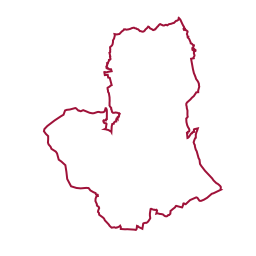 the district of Mariselu, Bistrita-Nasaud, Romania, rotated 82°
{"feature_id": "2599482B66429333464185", "entity_name": "Mariselu", "entity_type": "district", "adm_level": 2, "iso_a3": "ROU", "parent_name": "Romania", "parent_adm1": "Bistrita-Nasaud", "projection": "robinson", "projection_center": [24.492, 47.008], "detail": "fine", "context": "isolated", "style": "outline", "palette": "rose", "viewbox_px": 256, "rotation_deg": 82, "n_neighbors": 0, "source": "geoboundaries", "source_scale": "gbopen_adm2", "svg_char_len": 5714}
<svg xmlns="http://www.w3.org/2000/svg" viewBox="0 0 256 256"><g transform="rotate(82 128 128)"><path d="M204.5,52.3L202.0,44.5L201.8,44.8L201.5,44.8L199.4,44.3L198.4,44.7L197.0,45.8L195.6,47.1L195.0,48.1L192.2,50.3L190.9,51.1L189.9,51.5L181.1,57.7L175.8,60.7L173.6,61.7L169.4,61.6L167.6,62.3L160.6,63.2L158.8,63.9L155.9,64.3L154.2,64.2L153.3,64.6L151.3,65.0L149.4,64.1L147.5,63.0L147.1,62.2L143.9,61.8L143.0,61.3L142.3,61.2L140.4,60.0L138.1,58.9L138.4,62.6L138.5,62.8L138.9,63.0L140.4,63.0L140.4,63.3L141.1,63.4L141.0,64.1L141.1,64.6L141.4,65.0L141.7,64.9L142.2,65.4L142.4,66.4L145.4,69.0L145.5,69.3L146.1,70.0L146.2,70.5L141.1,70.3L141.2,69.7L140.5,69.6L140.2,69.4L140.0,68.9L140.0,68.2L139.8,67.9L138.7,67.5L138.3,67.5L136.8,67.8L136.0,68.3L133.5,69.0L130.2,69.3L126.7,69.0L126.2,68.3L125.2,67.3L124.6,67.4L123.0,67.3L119.1,66.7L117.9,66.8L116.7,67.0L114.9,66.9L113.5,67.1L112.1,66.9L111.0,66.1L108.4,62.2L106.9,60.5L105.6,58.4L102.2,55.4L102.3,53.5L100.7,53.3L97.0,51.7L95.2,51.8L94.4,51.6L92.5,52.0L90.8,52.7L89.0,53.7L88.1,53.9L87.0,54.0L86.6,54.2L85.4,54.4L82.9,55.1L78.7,55.5L68.2,55.9L68.1,53.2L67.3,53.3L66.0,52.3L65.2,52.0L63.3,52.4L62.7,52.2L62.2,52.2L61.8,52.1L61.5,51.7L61.1,50.5L60.4,50.3L60.2,50.3L59.7,50.9L59.0,51.4L58.9,51.5L59.3,51.9L60.0,51.9L60.3,52.1L60.2,52.6L59.6,53.3L58.4,53.3L57.5,53.0L57.0,52.2L56.5,51.8L55.5,51.2L55.2,51.2L55.1,51.4L55.1,51.9L54.7,52.3L53.7,52.8L53.3,53.2L52.9,54.1L51.9,54.1L48.5,55.0L47.8,55.3L46.8,56.2L46.3,55.9L46.3,56.2L46.2,56.2L45.7,56.2L45.4,56.3L44.9,56.2L43.1,56.6L42.6,56.4L41.1,55.6L40.6,55.6L39.2,56.8L39.0,57.8L38.7,58.0L38.3,57.9L38.6,58.9L37.6,59.2L37.3,58.6L36.9,58.2L36.1,58.6L35.5,58.5L34.8,58.9L32.9,59.6L27.9,61.1L26.0,62.4L26.2,62.6L27.7,62.7L28.6,64.6L28.6,65.5L30.4,68.0L30.4,69.0L30.8,70.7L30.9,73.0L31.8,74.8L31.2,75.7L31.1,76.5L31.5,78.0L31.3,79.1L30.7,79.9L30.4,80.7L29.7,81.3L29.6,81.8L29.8,82.3L30.6,83.4L31.5,84.2L31.7,84.7L33.2,86.3L33.3,86.6L34.1,87.2L34.0,87.7L34.2,88.3L34.6,88.8L34.5,89.6L33.4,90.7L33.3,90.9L32.4,92.3L30.8,93.2L30.4,93.9L31.6,95.1L33.0,97.2L33.8,97.8L34.5,98.9L34.7,99.7L34.6,100.4L33.7,102.3L33.7,102.7L31.7,104.2L31.1,105.6L30.5,106.1L30.2,107.2L29.5,108.1L29.5,109.0L29.7,110.7L30.1,111.6L30.4,113.8L30.4,116.0L29.8,117.2L29.9,117.8L29.8,118.3L30.4,118.6L31.6,120.8L33.7,123.4L33.8,126.2L33.1,128.3L34.2,128.2L35.0,128.3L36.3,128.9L37.4,129.3L39.2,130.7L40.8,130.9L43.1,131.7L44.0,132.4L44.7,133.3L45.2,134.3L46.0,134.6L47.7,134.6L49.1,135.0L50.2,135.0L50.7,135.3L50.9,135.9L54.7,135.6L54.8,135.9L55.8,135.9L57.2,135.7L57.8,136.2L57.9,136.7L57.8,137.0L57.9,137.4L58.9,137.6L59.4,137.9L60.2,138.6L60.9,138.8L60.9,139.7L62.3,139.6L62.5,140.0L62.8,140.1L63.4,140.1L64.1,140.9L65.3,140.9L65.3,140.0L65.6,139.8L66.2,140.3L66.4,140.1L66.6,139.0L67.1,138.5L67.5,136.6L69.5,136.3L69.6,139.8L69.9,141.6L69.7,142.8L69.3,143.1L69.4,143.7L72.4,143.6L72.5,140.7L75.3,140.6L75.8,139.1L83.3,138.2L83.6,139.3L84.5,140.6L85.3,142.6L86.6,142.8L87.8,142.6L89.5,142.7L90.8,142.1L95.0,142.0L98.6,142.4L100.6,142.8L102.3,143.0L102.9,143.2L104.1,142.9L105.7,141.9L106.1,141.8L106.7,142.1L107.4,142.0L107.8,141.7L109.8,141.6L110.9,140.7L111.0,139.1L110.9,138.1L111.6,136.0L112.2,135.3L112.1,134.7L112.8,134.2L113.6,135.0L114.7,135.1L115.3,135.4L115.4,136.1L116.0,136.1L116.0,136.8L117.6,137.0L116.9,137.5L116.9,137.9L118.0,138.5L119.1,138.5L119.9,138.7L119.9,139.0L119.5,139.2L120.4,140.8L121.0,141.3L121.8,141.5L121.8,143.0L124.1,143.9L129.7,145.0L128.9,145.3L128.5,145.7L128.5,146.2L127.6,147.2L127.0,148.3L126.7,149.2L126.3,149.9L125.9,151.3L125.7,150.6L125.2,150.1L124.4,149.7L122.1,149.1L121.2,148.7L120.8,148.7L120.2,149.2L120.0,150.3L119.9,150.6L119.6,150.9L118.8,151.3L117.6,151.5L117.0,151.0L117.4,150.0L117.3,149.6L116.8,149.1L117.2,148.7L116.0,148.0L116.1,147.7L109.2,146.7L107.3,146.5L106.1,146.7L105.5,147.1L104.6,147.1L108.2,148.8L108.9,150.0L108.9,151.5L108.7,153.0L108.0,154.6L107.9,155.9L108.6,159.8L108.5,161.2L107.6,163.9L105.4,167.6L104.1,169.9L104.8,172.3L104.7,172.9L104.0,173.9L103.9,174.7L101.3,176.7L100.9,177.4L101.6,183.0L101.5,186.1L101.9,187.9L105.9,190.0L107.0,192.7L110.3,199.6L114.8,207.6L117.4,210.9L119.5,211.7L122.5,210.1L124.9,208.2L127.9,208.6L131.3,209.3L133.3,208.9L135.7,207.3L138.0,206.7L141.3,202.8L143.3,201.8L149.7,201.0L152.0,198.6L156.1,195.2L163.1,195.1L170.0,195.3L177.8,192.5L180.2,187.4L181.2,183.3L181.5,177.6L182.0,175.4L184.6,173.9L186.8,171.1L187.9,169.2L189.2,169.0L189.9,167.3L191.2,167.3L191.3,168.8L193.6,170.0L195.9,170.4L199.2,169.4L200.0,169.6L200.7,169.4L201.0,169.2L201.8,168.1L203.3,167.7L205.6,169.0L206.9,169.4L208.0,168.6L209.9,168.6L213.1,165.3L214.1,164.5L215.0,164.1L216.2,163.8L218.0,162.5L221.0,160.4L221.4,160.3L221.9,160.0L222.4,159.8L224.4,158.1L224.4,155.3L225.0,154.3L225.1,153.6L224.9,152.9L225.0,152.5L224.3,150.1L223.7,149.4L225.1,148.9L227.0,149.2L227.9,145.0L228.1,142.8L229.5,136.0L230.0,134.5L229.8,134.4L229.4,133.7L229.1,133.5L226.2,132.7L226.6,132.0L226.9,132.2L229.8,127.8L224.7,126.2L224.5,125.8L224.3,124.0L224.5,123.2L224.4,122.7L223.9,121.7L223.0,120.7L221.1,119.0L220.4,118.5L217.6,118.5L215.7,118.2L211.4,116.9L211.2,116.4L212.5,114.1L212.6,113.1L213.0,112.6L212.9,111.2L213.8,110.7L216.7,111.9L216.6,111.2L216.7,110.3L217.5,108.6L217.8,107.2L218.4,105.5L219.9,104.2L220.4,103.6L220.8,102.5L220.8,101.8L220.6,101.2L219.8,100.3L219.9,99.4L219.5,98.9L218.8,98.0L216.0,97.4L215.6,96.6L214.7,95.2L213.5,93.1L213.0,92.3L212.1,91.7L211.9,91.4L211.8,91.2L212.0,90.6L212.3,90.0L214.2,85.5L214.0,85.3L212.0,84.2L210.5,83.7L210.4,83.5L210.6,82.8L211.4,82.0L211.5,81.5L208.0,76.5L206.2,70.1L206.8,69.0L209.9,67.4L210.1,67.1L210.3,66.1L210.3,65.7L209.6,62.9L208.1,59.3L204.8,54.2L204.5,52.3Z" fill="none" stroke="#9f1239" stroke-width="2"/></g></svg>